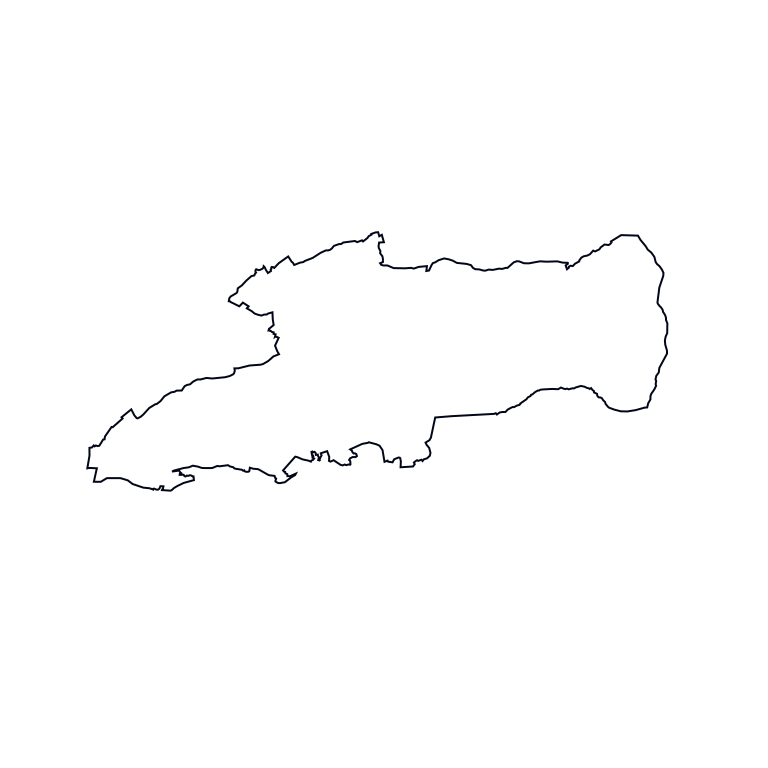 the district of Baita De Sub Codru, Maramures, Romania, rotated 146°
{"feature_id": "2599482B56138966689543", "entity_name": "Baita De Sub Codru", "entity_type": "district", "adm_level": 2, "iso_a3": "ROU", "parent_name": "Romania", "parent_adm1": "Maramures", "projection": "robinson", "projection_center": [23.146, 47.54], "detail": "fine", "context": "isolated", "style": "outline", "palette": "ink", "viewbox_px": 768, "rotation_deg": 146, "n_neighbors": 0, "source": "geoboundaries", "source_scale": "gbopen_adm2", "svg_char_len": 6153}
<svg xmlns="http://www.w3.org/2000/svg" viewBox="0 0 768 768"><g transform="rotate(146 384 384)"><path d="M462.3,542.3L464.4,541.5L466.4,539.4L465.4,538.5L465.4,537.9L460.5,529.3L455.5,530.4L452.8,524.1L455.4,523.4L452.9,518.3L451.9,514.8L450.0,512.2L447.4,509.3L444.6,508.6L442.3,507.2L440.6,507.2L436.4,505.8L440.0,499.9L442.5,494.6L448.6,494.0L449.7,493.0L448.9,492.7L448.9,491.9L448.3,491.5L447.7,489.6L446.6,488.5L447.5,487.3L446.1,485.8L448.1,484.0L447.2,484.0L445.5,481.2L452.9,476.7L454.2,470.6L454.4,467.4L460.3,468.7L467.1,467.8L473.1,468.2L475.5,469.0L485.1,474.5L495.8,478.4L499.3,480.6L500.3,478.4L502.4,476.7L503.7,476.4L507.5,476.9L512.0,478.5L523.3,484.6L527.8,488.3L533.7,490.4L535.6,491.8L537.1,492.3L541.0,492.7L545.0,492.2L547.7,493.3L550.4,493.7L555.3,491.7L559.7,494.5L562.1,494.7L565.1,496.1L572.9,496.6L578.8,494.8L583.7,494.5L584.9,495.1L592.0,495.4L600.6,493.3L604.1,492.9L607.5,493.3L608.1,494.0L608.5,497.6L607.7,504.3L620.2,503.2L620.0,501.6L622.9,501.2L633.1,499.9L633.9,500.7L644.7,496.5L646.6,494.4L647.9,495.0L654.6,492.0L656.3,492.8L657.2,494.1L658.7,494.1L659.0,495.4L661.6,494.7L663.9,495.8L668.2,489.3L677.1,480.0L675.2,479.2L669.2,474.7L679.2,465.2L673.5,461.3L666.3,460.9L655.0,453.2L650.3,447.4L648.3,441.6L641.5,432.7L636.5,428.5L634.5,425.7L634.2,426.2L633.1,425.9L631.9,423.9L630.5,422.8L628.8,422.8L626.5,424.3L624.1,422.5L625.9,420.7L626.0,420.1L626.9,420.6L627.4,420.2L620.7,415.0L619.6,414.7L616.2,415.2L612.5,415.0L605.4,414.0L595.3,410.6L593.6,413.9L594.4,414.3L594.7,415.6L595.9,416.9L597.7,417.3L598.6,418.3L600.2,418.3L600.9,419.1L600.9,420.8L604.2,422.9L603.5,423.8L602.0,423.6L602.4,425.3L602.2,426.8L608.7,429.9L606.6,429.7L597.4,426.5L592.2,424.0L588.2,423.2L584.5,419.6L582.0,416.3L579.3,414.3L573.4,410.4L568.1,409.3L566.3,407.7L558.7,403.9L557.8,401.8L555.5,399.3L555.3,397.9L554.7,397.0L549.7,392.3L549.4,391.1L548.2,390.6L548.5,389.9L547.6,388.5L545.8,387.2L544.5,387.0L542.0,389.6L539.8,386.9L535.9,383.7L531.1,374.0L530.2,372.6L526.1,369.0L526.7,367.2L526.3,365.9L528.2,364.4L528.5,363.8L527.3,361.3L525.9,360.1L521.1,358.0L513.4,358.5L508.5,358.2L507.1,359.0L513.4,360.1L515.6,361.6L514.6,363.4L515.7,365.1L515.1,366.4L515.9,367.3L516.0,368.8L498.2,373.4L496.8,371.9L493.7,367.1L489.5,362.7L488.0,360.5L487.1,361.1L485.1,360.8L483.6,361.3L484.5,362.8L484.2,363.6L483.1,363.5L482.8,364.5L483.4,365.4L482.1,368.3L481.2,368.1L481.3,367.0L479.6,366.7L479.2,365.3L480.1,363.3L478.4,362.5L478.8,361.9L479.1,359.4L481.1,357.7L480.3,356.7L479.7,356.8L479.5,357.6L478.0,358.6L475.7,359.7L475.1,361.9L468.7,360.1L470.2,354.1L472.6,351.0L471.8,349.6L468.4,349.0L465.2,341.2L463.7,339.6L461.6,339.2L460.6,337.8L458.2,337.0L457.2,336.0L456.8,336.1L455.3,338.5L455.1,339.6L455.4,340.5L453.7,341.3L450.9,341.0L448.4,339.3L446.7,339.4L446.2,341.5L446.9,342.8L448.1,343.5L448.2,345.7L447.9,346.8L448.6,348.7L435.4,346.5L430.2,344.2L429.2,344.2L424.1,338.4L422.2,335.3L422.2,330.0L427.1,319.2L423.9,318.5L424.1,317.5L423.7,317.0L420.7,314.3L417.7,315.9L413.3,315.0L412.2,314.2L412.0,313.5L413.3,310.4L416.8,305.7L406.1,299.4L403.4,300.3L403.1,302.2L399.9,302.4L399.2,302.3L398.6,301.1L395.3,300.3L395.1,298.6L393.2,299.3L389.8,298.3L386.1,298.9L384.0,300.9L382.3,305.7L382.7,309.8L382.3,312.2L377.8,312.0L375.1,313.3L360.3,327.6L345.9,319.5L309.5,297.7L307.7,297.3L307.5,295.6L304.2,295.7L301.9,294.8L299.0,292.9L295.7,293.6L291.4,293.2L290.1,292.9L289.1,292.1L285.8,291.8L283.6,291.0L282.4,291.1L282.0,291.6L274.5,291.7L272.0,292.5L269.3,292.1L268.1,292.8L266.7,292.4L263.4,292.8L260.1,292.6L259.3,291.9L257.6,291.8L255.4,290.7L247.4,285.9L242.5,282.3L239.3,282.1L237.4,279.3L236.5,278.4L234.8,277.8L233.7,276.2L230.2,275.1L229.0,274.1L226.9,273.9L221.9,272.3L219.3,269.7L217.9,267.2L216.6,265.9L216.2,264.8L214.6,264.8L214.5,262.3L213.9,260.9L214.6,259.5L212.9,256.8L213.8,254.7L213.5,252.9L211.9,251.6L211.3,250.2L211.4,247.9L210.8,245.6L211.4,243.4L211.0,239.5L210.7,238.6L207.5,234.1L202.9,228.9L197.5,225.1L189.9,221.6L181.2,218.7L178.9,217.4L175.9,220.2L171.8,222.2L169.8,225.0L167.9,226.4L162.8,228.4L159.4,230.4L158.9,231.9L156.6,234.4L156.4,235.9L153.7,238.5L149.8,239.9L146.7,243.4L132.4,250.9L130.7,253.5L128.8,259.4L126.8,263.0L124.1,265.7L120.8,267.8L115.2,275.8L114.4,279.4L113.2,281.2L112.4,283.9L112.3,287.8L111.5,289.8L111.5,292.6L112.0,295.0L112.1,297.6L111.6,298.8L101.9,309.9L92.1,317.4L90.2,319.8L89.6,323.5L89.7,327.5L90.6,330.9L90.6,333.1L88.8,338.1L88.8,339.8L88.9,343.4L90.2,347.9L90.0,351.9L90.8,360.0L90.5,365.0L104.1,374.8L116.1,375.3L116.1,374.3L118.0,373.6L120.0,373.6L123.2,376.3L127.9,376.1L130.2,375.2L134.9,375.9L136.0,377.6L140.8,376.4L143.9,376.9L147.0,378.2L149.6,378.4L152.9,377.3L153.6,376.5L158.4,376.9L161.5,376.2L163.2,377.7L165.1,377.9L165.6,377.1L168.1,376.8L167.1,380.7L164.3,380.9L163.9,381.7L168.1,384.8L171.8,388.8L180.7,394.4L186.1,398.5L196.4,403.0L200.4,405.8L203.5,410.2L205.2,411.5L208.4,412.3L216.7,411.2L218.1,412.2L221.6,413.3L224.3,415.4L230.1,417.8L233.2,420.3L236.6,421.3L238.3,422.6L240.9,425.7L244.1,428.1L245.3,430.5L245.4,433.8L248.3,437.3L255.9,443.7L258.0,447.8L260.8,451.4L264.0,454.5L269.6,456.1L273.4,456.2L275.8,456.9L277.9,456.1L283.2,452.9L285.7,454.0L282.5,457.7L289.8,461.7L294.7,463.0L296.7,465.2L301.8,468.1L311.2,474.7L314.9,480.4L318.1,482.5L319.6,484.2L319.7,486.3L316.7,485.7L315.0,488.2L313.9,490.8L314.1,494.6L312.6,496.3L312.3,499.4L311.6,501.1L309.0,504.0L304.8,501.6L302.4,508.9L305.3,509.1L304.0,513.1L306.2,514.4L310.7,515.5L310.9,514.8L314.1,515.1L316.0,514.3L321.7,513.9L321.9,515.4L326.9,516.6L328.1,518.8L338.7,524.1L341.2,524.0L343.2,525.2L348.3,526.5L351.6,525.5L353.7,525.4L355.4,525.9L357.5,527.3L363.2,528.2L372.6,528.4L380.9,530.3L382.7,530.2L385.9,531.6L391.9,532.9L391.7,535.6L392.2,537.0L392.1,543.3L403.7,543.0L410.1,541.6L410.5,542.8L411.6,543.8L412.2,543.7L412.9,542.5L413.9,542.3L414.5,540.9L418.2,540.9L418.1,544.7L417.6,547.6L417.9,548.9L418.7,548.0L420.2,547.5L423.3,548.0L424.4,548.7L425.8,550.6L426.9,550.2L427.9,548.7L427.8,547.9L429.4,547.5L430.8,546.5L433.6,547.6L440.4,546.7L446.8,545.2L451.7,545.1L454.0,542.5L455.3,541.9L462.3,542.3Z" fill="none" stroke="#020617" stroke-width="2"/></g></svg>